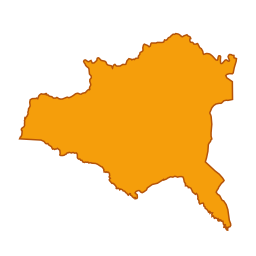 the district of Lubutu, Maniema, Democratic Republic of the Congo, rotated 183°
{"feature_id": "63176286B14336347527587", "entity_name": "Lubutu", "entity_type": "district", "adm_level": 2, "iso_a3": "COD", "parent_name": "Democratic Republic of the Congo", "parent_adm1": "Maniema", "projection": "natural_earth1", "projection_center": [26.789, -0.716], "detail": "fine", "context": "isolated", "style": "filled", "palette": "amber", "viewbox_px": 256, "rotation_deg": 183, "n_neighbors": 0, "source": "geoboundaries", "source_scale": "gbopen_adm2", "svg_char_len": 5725}
<svg xmlns="http://www.w3.org/2000/svg" viewBox="0 0 256 256"><g transform="rotate(183 128 128)"><path d="M89.6,77.9L86.9,79.1L85.7,80.1L83.0,81.5L80.6,81.3L78.8,82.2L77.7,82.1L75.7,81.5L74.7,82.0L72.4,82.3L70.8,82.0L70.4,81.7L69.7,80.1L69.0,77.2L68.3,76.1L67.7,75.7L67.9,75.0L67.5,74.3L67.6,73.3L66.2,73.4L64.9,72.4L64.6,71.6L63.8,71.9L62.3,71.3L61.8,70.9L61.5,70.1L60.4,68.4L60.4,67.8L59.5,67.0L57.2,65.3L56.3,66.2L55.2,65.0L54.5,62.4L54.6,60.8L53.6,59.6L53.1,57.9L53.2,57.2L52.2,55.8L51.4,56.3L49.6,56.9L48.8,56.8L48.5,56.1L48.2,54.3L47.9,53.7L47.1,53.4L46.6,51.7L45.3,51.2L43.7,49.3L43.2,48.2L42.9,48.1L42.4,48.9L42.0,49.0L41.6,48.6L41.6,47.2L40.8,47.8L39.8,47.5L39.2,47.6L39.8,45.9L39.5,45.1L39.5,44.0L38.7,44.5L38.1,44.6L37.0,42.3L36.6,42.3L36.1,43.0L34.1,42.1L33.3,42.2L33.5,40.7L33.0,40.0L32.5,39.9L32.3,41.2L32.0,41.3L31.0,41.1L30.9,40.3L30.2,40.7L29.5,39.8L28.4,39.9L27.6,36.8L27.2,36.3L25.9,36.6L25.6,36.2L26.6,35.4L26.9,34.9L27.1,33.8L26.9,33.7L25.8,34.4L24.0,34.0L23.9,33.6L24.6,33.6L25.1,33.1L24.9,32.5L23.9,31.3L23.1,31.2L23.2,32.6L23.0,33.4L22.4,34.3L21.0,34.8L20.3,36.1L20.5,37.7L22.0,41.2L24.0,51.6L26.0,56.7L28.7,60.3L30.0,60.6L31.1,62.1L32.5,64.6L33.2,65.5L35.1,66.6L36.6,68.5L35.9,70.3L34.7,72.3L34.3,73.7L31.9,77.5L29.9,79.6L29.3,80.7L31.0,83.1L34.4,86.6L38.7,89.6L48.9,98.1L48.9,98.8L48.1,101.9L47.0,108.9L46.9,115.5L46.3,117.0L45.0,118.8L44.4,120.9L43.7,121.4L44.6,124.2L44.8,127.6L44.5,136.1L45.5,143.4L46.0,145.1L47.2,147.3L45.3,152.6L43.5,155.0L41.3,156.6L38.3,157.4L36.5,157.5L35.8,157.9L33.7,160.2L31.3,160.9L29.7,160.8L25.1,162.0L26.2,179.7L32.0,183.3L33.1,185.5L32.0,186.7L29.6,187.6L26.6,187.6L25.8,188.6L25.1,193.6L23.5,200.2L23.3,203.0L25.8,203.7L26.0,206.0L27.7,206.1L28.8,206.7L30.5,206.7L30.9,206.1L31.3,205.9L31.8,204.4L30.2,200.8L30.6,200.0L31.3,199.9L33.1,201.1L33.9,201.1L34.5,200.9L37.2,197.5L38.4,197.2L38.9,197.6L39.3,200.7L39.2,204.0L39.9,204.9L40.9,204.9L41.3,204.5L41.8,202.7L41.9,201.0L42.4,200.4L43.0,200.4L43.9,200.7L47.4,204.2L49.3,205.6L50.4,206.2L52.1,206.5L53.6,206.5L56.2,205.5L56.8,206.2L57.4,208.6L58.9,211.0L60.6,212.0L62.8,215.8L63.3,216.0L64.5,215.3L66.5,215.2L67.2,216.2L68.1,216.9L69.9,216.9L70.3,217.3L70.9,218.7L70.9,219.4L70.8,220.2L70.0,220.5L70.0,220.9L71.0,222.4L72.9,223.1L74.0,224.2L77.1,222.9L78.2,222.0L79.0,222.0L79.4,222.5L80.0,222.6L81.3,223.8L82.9,224.5L85.3,224.8L86.3,224.0L87.9,224.0L89.9,222.2L90.7,221.1L92.4,220.2L93.6,218.3L94.7,217.6L96.1,217.9L96.7,216.0L97.1,215.6L98.4,215.2L103.2,215.0L104.5,214.3L109.0,214.1L109.5,213.5L110.1,210.9L111.2,210.2L112.7,211.4L116.1,212.6L116.9,211.6L117.4,209.0L117.1,206.4L117.3,205.9L118.0,205.1L119.7,204.1L120.0,203.6L120.1,202.1L121.3,200.5L121.4,199.8L121.2,198.7L121.6,198.3L124.2,197.9L125.1,196.7L126.1,197.0L127.9,196.3L128.3,196.8L130.7,197.3L132.5,195.1L133.5,191.6L134.1,191.3L136.6,191.2L139.1,189.5L142.2,189.2L143.0,189.4L144.3,190.8L144.7,190.8L145.6,190.0L146.2,189.0L146.5,187.8L146.4,187.2L146.6,186.9L147.5,188.8L148.1,189.3L151.0,189.7L152.1,190.3L152.7,191.0L153.4,192.6L154.6,193.5L158.3,194.1L160.9,196.5L161.6,196.5L162.3,196.1L162.5,195.5L162.7,193.8L165.3,191.2L167.1,191.0L168.5,193.5L170.7,192.2L171.6,192.2L173.9,193.7L174.5,193.7L175.3,193.3L175.8,192.3L175.2,190.9L174.2,189.8L173.8,188.7L172.7,187.4L170.6,185.9L170.1,185.0L169.3,179.9L167.5,178.0L167.3,176.5L167.6,175.6L168.6,174.5L168.6,172.5L167.5,169.7L167.5,168.8L168.5,166.6L168.2,164.5L168.4,164.2L169.1,164.5L169.5,164.3L170.9,163.0L172.5,161.0L173.8,160.8L174.4,160.4L175.4,160.3L176.2,159.5L176.8,159.3L178.0,159.4L179.9,160.1L181.5,159.7L182.3,159.3L184.3,157.6L186.0,156.4L188.1,155.3L189.0,155.2L190.0,155.6L190.7,155.5L195.0,153.5L197.1,153.3L197.7,153.6L198.3,153.5L200.2,154.7L200.8,154.8L201.7,154.1L204.0,153.9L205.7,155.3L207.8,155.6L208.6,155.9L209.5,156.8L210.6,156.7L211.2,158.0L211.6,158.2L212.1,158.0L212.5,157.2L213.3,157.6L214.5,157.3L216.5,157.6L217.7,156.7L218.7,155.5L219.7,152.5L220.9,153.1L221.3,152.7L225.2,152.3L227.1,151.1L227.5,148.6L226.9,145.3L227.1,144.2L228.4,141.8L228.3,140.6L228.8,138.6L228.5,136.9L229.6,134.3L230.6,133.3L230.8,132.3L231.1,132.3L231.5,132.7L231.6,132.3L231.3,131.3L231.8,130.2L231.5,128.8L231.6,127.0L231.4,125.1L231.9,123.9L234.0,122.2L234.5,121.2L234.1,119.8L233.5,119.5L233.7,115.5L234.5,113.6L235.0,113.4L235.7,111.5L214.2,111.4L211.2,110.2L209.5,108.3L208.7,108.0L207.2,108.3L206.5,107.1L203.6,105.4L203.2,104.9L203.0,104.1L202.5,103.7L202.2,103.0L201.4,103.3L200.1,102.7L199.3,103.2L198.3,103.3L197.4,104.0L194.9,102.2L194.4,99.0L194.7,97.6L194.5,97.3L193.7,97.0L191.7,97.1L190.3,97.5L189.4,98.3L188.7,98.4L187.4,100.0L186.3,100.1L185.5,100.6L183.0,100.1L182.4,100.5L181.3,100.7L180.2,100.1L178.2,100.4L177.2,99.1L177.0,95.7L176.5,95.0L175.4,94.3L174.9,94.5L174.3,94.4L173.7,93.4L172.3,93.3L171.3,91.7L169.5,91.3L168.7,91.8L167.4,91.6L166.1,91.8L165.5,91.1L163.1,91.4L162.4,91.0L158.5,90.9L156.5,90.2L152.3,87.8L151.7,87.8L149.9,85.3L150.0,84.7L149.5,82.8L148.9,83.0L147.8,82.6L147.5,83.1L147.1,83.1L146.8,82.8L146.3,82.9L146.0,82.6L145.3,82.8L144.2,81.7L143.8,79.4L144.3,78.3L144.1,77.8L143.0,76.9L144.0,75.6L143.8,74.7L141.2,71.9L140.1,72.0L139.5,71.4L138.9,71.3L136.8,68.9L136.5,68.3L136.6,67.1L135.8,66.8L134.8,67.4L133.7,66.9L133.1,65.9L132.5,66.6L132.2,66.3L131.6,66.5L130.3,66.0L129.5,64.9L128.6,64.9L127.9,64.6L126.8,63.3L126.0,63.0L124.2,60.9L124.0,61.0L123.0,62.6L122.2,62.5L121.9,61.1L120.6,60.4L120.1,59.6L118.4,58.4L117.7,58.9L117.1,58.9L117.1,57.7L115.5,58.1L115.1,58.7L115.0,59.4L115.3,61.7L115.7,62.1L117.3,63.2L117.4,63.9L116.5,65.1L114.7,66.0L113.6,66.1L113.1,65.9L112.1,64.8L110.5,64.1L108.9,65.0L106.3,67.1L105.7,68.9L105.2,69.5L100.8,72.9L95.7,74.4L89.8,78.5L89.6,77.9Z" fill="#f59e0b" stroke="#b45309" stroke-width="1.5"/></g></svg>